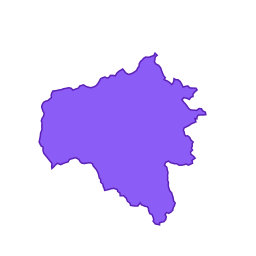 Guapiara, São Paulo, Brazil, rotated 305°
{"feature_id": "56859067B39220328701947", "entity_name": "Guapiara", "entity_type": "district", "adm_level": 2, "iso_a3": "BRA", "parent_name": "Brazil", "parent_adm1": "São Paulo", "projection": "mercator", "projection_center": [-48.549, -24.213], "detail": "fine", "context": "isolated", "style": "filled", "palette": "violet", "viewbox_px": 256, "rotation_deg": 305, "n_neighbors": 0, "source": "geoboundaries", "source_scale": "gbopen_adm2", "svg_char_len": 3121}
<svg xmlns="http://www.w3.org/2000/svg" viewBox="0 0 256 256"><g transform="rotate(305 128 128)"><path d="M91.1,210.5L93.6,209.7L94.5,207.2L95.8,205.8L97.2,204.5L98.4,202.8L100.0,200.8L100.5,198.3L101.9,196.3L103.8,194.1L106.5,192.4L108.1,190.2L110.2,189.0L111.5,187.8L114.6,186.2L116.0,184.4L118.1,182.3L118.5,179.3L121.3,178.5L124.1,180.1L124.0,182.5L125.4,186.6L126.9,188.8L126.7,190.9L128.1,193.0L129.8,194.8L131.8,196.2L132.2,198.8L136.2,201.1L138.2,199.0L141.8,200.3L142.4,197.9L142.6,194.5L144.3,192.9L146.8,193.6L148.0,191.4L150.0,191.1L151.6,189.7L153.9,189.4L154.1,186.8L155.7,183.8L155.8,181.3L154.5,179.8L155.2,177.9L156.9,176.4L157.8,174.7L160.2,173.9L162.6,175.2L164.8,176.4L168.0,177.6L170.3,179.1L172.0,180.1L174.1,177.4L174.9,179.2L177.0,178.1L178.8,178.1L180.7,180.4L181.8,182.2L183.6,184.1L185.3,182.3L184.9,179.3L185.9,177.2L184.7,175.0L181.9,174.2L180.3,171.6L178.7,168.9L178.8,166.6L180.0,163.2L180.7,161.0L181.1,158.8L182.1,156.0L184.9,156.3L186.1,159.3L186.6,161.9L189.2,161.9L191.1,163.2L192.7,161.9L195.3,161.9L198.8,162.8L199.6,160.9L197.4,157.5L196.3,155.5L196.8,152.9L194.8,150.9L193.1,149.7L194.9,146.5L196.0,144.0L196.2,141.3L195.0,139.4L194.8,137.4L193.1,138.4L190.8,139.1L188.7,138.9L189.1,136.2L189.1,133.4L188.3,129.8L190.6,129.7L191.1,127.6L192.1,125.8L193.6,123.5L195.0,121.6L196.1,120.0L196.9,117.0L196.4,114.2L197.5,111.5L199.5,110.8L201.7,109.5L204.3,110.2L204.8,107.2L202.2,107.6L200.3,106.2L198.6,105.1L197.3,103.7L196.2,101.7L194.0,100.8L192.1,100.7L189.6,100.1L186.9,100.4L184.9,101.7L182.8,101.5L180.2,102.0L177.5,101.1L174.7,99.8L172.3,97.9L171.8,94.7L172.7,91.9L173.3,89.8L171.6,89.1L169.5,88.1L166.7,87.4L163.4,87.7L162.5,85.5L161.0,83.4L158.8,83.4L157.1,82.6L156.5,79.8L154.3,78.2L152.7,77.3L150.1,77.6L147.6,77.9L144.4,77.6L142.0,76.4L139.7,74.5L138.8,72.3L138.0,70.3L137.8,66.8L134.8,64.4L132.3,64.5L129.5,62.5L127.3,61.0L128.0,59.0L127.1,56.5L125.1,54.6L122.9,52.5L120.9,51.2L119.3,49.4L117.0,47.4L115.3,45.3L113.0,45.5L110.7,46.3L109.0,47.8L106.5,47.1L104.6,46.7L102.9,45.3L101.2,44.3L99.3,44.2L97.2,44.5L95.5,45.4L93.2,48.5L91.9,51.0L89.3,52.0L86.6,52.1L84.1,52.9L82.7,54.8L80.2,56.2L78.0,58.0L76.1,58.8L74.1,59.1L71.8,60.4L69.6,61.5L67.3,62.5L65.6,63.2L64.3,65.4L63.4,67.3L63.6,69.4L60.9,71.2L59.0,73.5L58.2,76.2L57.4,79.2L56.8,81.1L56.1,83.5L55.4,86.0L52.6,87.6L51.2,88.9L53.8,89.5L55.9,89.7L58.5,90.3L59.4,93.9L61.5,95.1L63.5,96.4L65.8,98.3L68.7,98.1L73.6,102.0L74.1,105.7L73.1,107.8L72.7,110.0L73.7,112.5L75.5,114.2L76.8,115.6L78.0,117.4L78.3,119.6L77.1,121.0L76.4,123.4L75.7,126.2L74.1,129.1L72.5,131.2L70.7,133.0L70.2,135.1L67.9,136.7L67.6,139.6L66.0,141.1L64.9,143.0L63.5,144.7L66.1,147.1L68.4,148.9L70.5,151.1L71.4,154.6L70.1,156.0L70.1,158.7L68.0,160.5L70.0,163.2L69.5,166.8L67.7,169.6L67.6,172.5L66.1,174.5L67.9,178.2L69.8,180.8L73.6,180.9L72.8,183.0L73.6,186.7L74.5,188.7L74.1,190.7L72.5,191.9L70.4,194.9L70.8,197.4L69.4,199.6L68.0,201.4L66.0,202.1L65.1,205.4L66.8,209.4L68.5,208.2L72.0,211.2L74.7,211.4L77.4,210.2L78.4,207.9L81.0,208.2L81.4,210.3L83.9,211.4L86.4,211.8L88.6,210.8L91.1,210.5Z" fill="#8b5cf6" stroke="#5b21b6" stroke-width="1.5"/></g></svg>